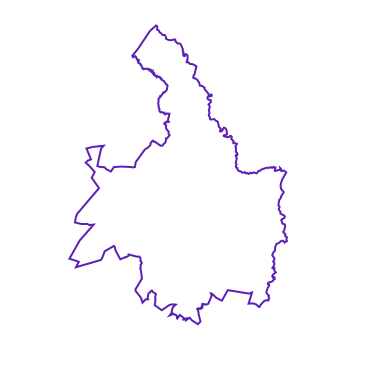 Cadereyta de Montes, Querétaro, Mexico (Mercator projection), rotated 301°
{"feature_id": "50627088B20540299912317", "entity_name": "Cadereyta de Montes", "entity_type": "district", "adm_level": 2, "iso_a3": "MEX", "parent_name": "Mexico", "parent_adm1": "Querétaro", "projection": "mercator", "projection_center": [-99.561, 20.791], "detail": "fine", "context": "isolated", "style": "outline", "palette": "violet", "viewbox_px": 384, "rotation_deg": 301, "n_neighbors": 0, "source": "geoboundaries", "source_scale": "gbopen_adm2", "svg_char_len": 6025}
<svg xmlns="http://www.w3.org/2000/svg" viewBox="0 0 384 384"><g transform="rotate(301 192 192)"><path d="M316.2,75.4L308.3,73.0L287.5,72.0L277.9,70.7L277.3,72.0L278.1,72.1L278.4,72.9L279.0,73.2L278.6,73.7L279.0,74.4L277.6,76.1L277.7,77.6L277.1,77.3L276.8,77.7L277.1,78.6L276.0,78.4L275.8,79.0L275.3,79.2L275.6,79.7L275.1,80.2L275.4,80.9L275.2,81.7L274.7,82.0L274.9,82.6L272.4,86.0L272.8,86.2L272.4,87.4L273.0,87.7L273.9,88.8L273.8,89.4L274.9,90.6L274.6,91.4L275.2,92.1L274.6,92.6L275.1,92.8L274.8,93.9L274.4,94.0L274.1,95.1L275.0,94.9L274.7,95.4L275.2,95.7L274.7,95.8L273.4,97.8L274.6,97.5L274.4,98.5L273.1,99.6L272.6,100.5L272.6,101.3L273.1,101.6L272.9,102.1L273.3,102.3L272.7,102.8L273.2,102.9L273.9,104.8L273.5,104.9L273.7,106.3L273.2,106.6L273.4,107.0L273.0,107.2L273.0,108.0L272.6,108.1L272.6,111.2L272.0,111.6L271.7,113.1L270.9,114.5L271.2,115.1L270.7,116.2L266.6,117.8L263.6,117.3L263.3,116.8L262.6,116.7L262.6,116.2L258.2,116.0L257.9,115.3L256.4,115.8L256.1,115.4L254.6,115.3L252.3,116.8L250.6,117.3L247.9,119.7L247.1,120.0L246.4,121.3L244.5,122.5L244.1,124.1L245.2,125.3L245.0,126.5L245.7,127.5L244.9,127.8L244.7,129.2L246.5,130.2L247.5,132.4L241.8,134.2L240.7,134.9L240.2,136.0L239.7,135.4L240.1,135.1L239.8,134.3L237.2,132.9L236.4,132.9L236.0,133.4L236.4,134.2L236.0,134.3L236.0,135.4L233.6,136.6L232.4,138.5L231.8,140.9L230.0,141.7L229.1,143.6L225.2,142.9L224.6,142.1L223.6,142.9L222.6,142.9L221.2,143.7L219.2,143.3L218.2,142.8L216.8,142.9L216.2,142.4L215.5,141.1L216.0,134.2L215.4,133.6L216.0,132.2L214.4,131.4L212.0,131.5L210.9,132.2L207.8,131.5L204.2,129.7L188.5,128.4L184.1,130.2L182.9,129.1L181.3,125.5L177.2,118.0L173.1,112.2L167.8,111.9L167.4,107.5L168.1,104.2L166.0,99.9L165.6,97.4L182.5,91.7L186.1,92.4L179.5,83.7L175.0,79.2L167.9,88.6L165.0,86.4L162.4,85.8L161.6,90.1L159.1,98.3L152.6,98.7L147.4,110.3L114.0,104.8L110.1,105.6L105.6,107.4L107.7,113.9L110.7,118.7L110.8,121.0L113.4,124.5L92.6,120.7L71.7,121.3L73.9,130.9L67.8,131.3L86.8,148.9L89.3,149.0L96.3,147.7L105.5,152.8L105.4,153.7L102.4,156.8L97.4,165.2L101.8,168.4L101.8,168.9L104.8,170.5L105.8,169.9L108.4,178.7L109.5,179.9L109.1,181.6L106.2,183.5L106.3,184.0L105.4,185.5L103.0,185.5L100.7,187.0L100.0,186.9L97.7,189.2L92.0,193.7L79.2,193.7L78.1,194.8L75.1,202.7L71.7,206.6L75.4,207.3L76.2,207.8L77.4,209.6L78.1,208.6L82.6,207.0L83.8,207.6L85.5,207.6L86.1,208.4L86.8,208.5L86.2,209.9L86.0,213.6L83.1,214.5L80.0,216.6L75.8,218.3L75.1,227.0L83.8,231.0L86.2,233.9L87.1,236.1L83.8,235.1L82.3,235.1L77.4,236.8L74.7,236.4L76.7,238.0L78.1,238.3L77.9,240.9L78.4,241.2L77.9,243.1L76.0,244.1L75.9,244.5L80.5,245.0L79.6,250.3L78.2,250.3L78.4,251.0L79.4,251.7L80.3,251.7L81.1,252.7L79.5,253.2L83.0,254.7L82.0,257.8L81.7,265.1L85.3,266.0L90.9,260.4L92.6,259.3L93.8,257.9L94.3,256.7L95.4,257.2L95.0,257.8L96.2,259.5L96.8,259.1L97.4,260.0L98.0,259.5L98.5,260.3L100.0,259.6L99.8,259.1L100.2,258.8L101.5,258.5L101.8,260.3L102.2,260.3L102.9,262.2L104.5,263.5L113.3,262.3L114.8,260.5L115.1,261.8L113.8,267.4L114.2,273.6L126.3,273.2L134.3,293.2L136.8,295.2L125.4,298.0L128.0,301.7L128.7,305.1L127.9,308.5L128.3,309.1L129.3,308.7L135.4,309.9L138.0,311.9L138.3,313.3L140.9,312.8L141.8,311.3L142.8,311.2L143.6,308.2L144.6,307.2L148.8,306.3L151.3,306.4L152.2,305.8L152.4,305.0L152.1,304.5L152.5,304.1L154.0,304.3L156.0,306.5L158.1,307.2L159.0,307.0L159.9,307.8L161.3,306.8L161.4,306.0L160.4,305.4L161.1,304.1L163.2,304.0L166.2,305.3L167.2,302.8L169.1,301.9L168.2,300.5L168.3,300.0L171.4,300.2L173.8,299.0L174.1,297.5L176.8,297.3L177.9,296.3L178.9,293.7L179.5,293.1L183.0,292.9L184.6,293.3L187.2,291.8L191.1,291.1L192.6,292.5L196.3,293.8L197.1,295.4L196.3,297.3L197.7,297.8L198.7,298.7L200.2,297.1L201.9,296.8L202.3,296.0L202.2,294.5L203.7,293.9L204.7,290.7L206.3,290.8L209.2,290.0L211.0,289.2L212.0,288.3L211.5,285.6L212.8,284.5L213.5,283.2L214.5,283.0L217.5,284.6L218.9,284.1L219.3,283.0L219.0,278.9L220.7,277.8L221.6,275.4L224.3,274.8L225.0,273.0L225.7,272.6L229.9,270.9L232.7,271.2L234.3,270.6L238.9,270.8L239.4,270.2L240.3,267.1L242.8,264.8L244.8,263.9L248.9,262.9L257.3,262.7L257.7,259.8L257.3,258.9L256.2,258.2L256.1,257.5L256.4,256.8L257.8,256.2L258.0,255.2L257.4,255.7L256.4,255.8L252.8,252.3L253.7,251.6L255.8,251.0L255.2,250.2L255.7,249.7L255.5,248.9L253.9,248.1L254.0,247.2L253.5,246.3L252.3,245.6L251.7,244.2L250.4,242.7L247.0,239.9L245.1,239.3L244.1,238.1L243.2,238.2L241.2,237.6L240.5,234.6L238.6,233.4L238.5,231.8L237.0,231.4L236.5,231.0L236.7,229.5L235.7,228.2L236.3,227.0L234.6,225.6L234.4,224.9L234.8,223.7L234.1,220.9L235.1,219.4L235.3,218.5L236.0,218.3L235.9,217.1L236.9,216.1L238.7,215.9L239.6,214.4L244.0,213.0L245.6,210.8L246.3,210.7L246.8,211.7L247.4,211.7L248.8,210.4L249.1,208.8L252.1,207.3L253.4,205.7L254.5,206.0L256.4,205.7L256.1,203.9L255.1,202.5L255.5,201.9L257.1,201.4L257.7,198.3L259.8,197.7L260.1,196.8L259.6,195.6L258.2,195.3L257.2,194.2L256.3,190.7L256.4,190.2L257.0,190.1L258.7,191.9L259.7,192.2L262.5,190.1L263.9,187.8L263.6,186.2L259.5,186.2L258.4,185.1L258.9,184.4L260.4,184.4L261.2,183.8L261.7,181.5L265.6,177.9L265.4,175.8L265.9,173.3L264.4,171.7L263.7,170.3L263.9,169.8L265.4,168.8L265.9,167.4L267.0,166.5L268.7,166.4L270.5,164.5L273.6,163.6L274.9,162.6L275.5,161.1L278.7,161.8L280.0,161.2L280.4,160.7L279.9,159.8L279.7,157.8L281.0,156.5L282.2,156.6L284.1,159.3L285.2,159.1L285.5,158.3L284.0,157.0L284.0,156.2L284.9,155.0L286.7,149.7L287.9,149.1L288.1,145.8L287.2,144.0L289.4,141.9L290.7,139.0L291.1,136.8L290.6,135.3L290.6,134.3L291.2,134.4L292.0,133.5L295.0,133.4L297.5,132.4L301.7,131.3L302.1,130.8L301.9,126.7L300.7,124.2L301.5,122.1L300.6,121.3L300.4,120.7L302.0,119.9L304.0,119.6L306.7,117.9L307.1,117.1L307.0,115.7L306.2,114.9L305.8,115.7L304.9,115.8L304.4,115.3L304.6,114.2L306.1,113.1L307.4,112.8L307.8,111.5L309.3,111.0L312.9,106.1L312.9,105.0L311.8,102.9L312.3,102.0L312.6,100.1L313.7,99.5L314.0,98.6L311.9,96.5L310.8,95.0L310.1,92.9L310.0,90.7L311.5,89.8L312.6,87.7L311.4,85.7L312.1,84.3L312.2,81.9L313.4,80.4L313.2,78.4L315.8,77.1L316.2,76.6L316.2,75.4Z" fill="none" stroke="#5b21b6" stroke-width="2"/></g></svg>